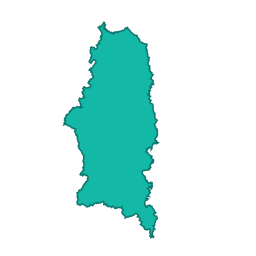 the district of Tamworth, New South Wales, Australia, rotated 206°
{"feature_id": "25037944B76870107962046", "entity_name": "Tamworth", "entity_type": "district", "adm_level": 2, "iso_a3": "AUS", "parent_name": "Australia", "parent_adm1": "New South Wales", "projection": "albers", "projection_center": [151.073, -30.922], "detail": "fine", "context": "isolated", "style": "filled", "palette": "teal", "viewbox_px": 256, "rotation_deg": 206, "n_neighbors": 0, "source": "geoboundaries", "source_scale": "gbopen_adm2", "svg_char_len": 5808}
<svg xmlns="http://www.w3.org/2000/svg" viewBox="0 0 256 256"><g transform="rotate(206 128 128)"><path d="M105.1,147.8L107.9,148.4L109.3,150.6L109.2,151.2L110.1,151.8L110.2,153.0L111.1,152.9L113.4,155.3L115.6,159.5L116.8,160.3L118.4,160.1L119.7,161.3L119.4,162.9L122.2,163.4L121.7,166.4L125.0,166.6L124.8,167.3L123.6,167.5L123.5,167.9L124.7,169.5L124.4,171.0L125.4,170.6L125.3,173.6L124.7,174.8L126.5,175.1L125.8,175.9L125.9,177.8L124.4,177.8L124.2,178.6L125.1,178.3L125.5,178.8L125.4,179.5L126.0,179.6L125.8,181.3L126.1,181.6L129.1,182.1L128.6,182.4L129.3,184.3L128.8,186.9L131.5,187.3L131.0,187.4L130.8,188.1L133.9,188.9L133.9,190.0L134.7,190.5L134.6,191.4L135.2,191.6L135.6,193.2L137.6,193.6L138.5,195.2L138.9,197.8L139.5,197.9L139.3,198.8L140.0,198.9L139.7,200.6L141.7,200.9L142.7,203.1L144.9,205.2L144.7,206.2L145.9,206.6L146.3,207.6L147.5,208.2L147.0,210.5L147.9,211.6L151.2,210.6L152.5,211.1L155.1,210.6L156.0,211.4L156.0,212.2L157.4,212.6L157.7,213.3L159.6,213.6L160.3,215.1L162.6,214.5L164.0,214.4L165.3,215.2L166.4,214.8L168.5,216.2L172.4,217.6L172.6,218.8L172.9,216.9L173.9,217.0L174.8,213.4L175.6,213.4L177.4,211.2L177.8,211.3L178.6,210.5L178.7,209.5L179.9,209.8L180.1,208.7L181.2,208.9L182.1,208.3L181.8,207.4L182.3,207.3L182.2,206.5L183.1,206.9L183.2,206.3L183.9,205.9L184.7,206.8L185.1,206.2L186.9,206.0L187.4,206.6L189.1,205.6L188.8,206.4L190.0,206.7L189.9,206.1L190.5,207.1L191.1,206.5L191.2,206.9L192.0,206.8L191.8,207.2L192.4,207.5L192.8,206.6L193.3,207.2L193.1,208.2L193.6,208.3L193.3,208.8L193.9,208.9L193.4,210.7L194.0,210.6L195.0,211.4L194.9,212.1L195.9,212.5L196.8,206.9L198.0,207.1L198.8,205.2L195.5,203.8L193.8,202.5L191.7,199.6L192.8,198.8L192.1,198.1L192.4,197.1L191.3,197.1L190.8,196.0L191.9,193.6L191.5,192.7L191.9,191.7L191.1,191.6L191.5,191.1L191.0,190.8L192.7,188.6L191.4,188.0L190.7,186.4L191.0,185.3L192.3,184.3L193.4,185.4L196.5,184.7L196.8,184.0L195.9,182.5L196.1,181.3L195.3,180.8L195.0,179.2L192.7,177.7L192.1,176.6L192.5,175.3L191.9,174.5L192.1,170.9L191.5,170.3L189.7,170.0L189.0,174.5L186.7,174.2L185.5,173.0L186.9,164.9L187.9,165.1L188.2,163.0L185.8,163.4L186.0,162.1L184.1,161.8L183.6,159.8L181.5,159.2L182.1,155.6L183.1,155.6L183.6,152.4L183.0,152.7L183.3,150.8L179.9,150.2L180.1,147.5L180.8,147.6L182.1,146.2L183.9,145.5L185.5,145.9L185.9,143.5L183.9,142.9L185.0,140.4L184.0,139.9L184.4,139.7L184.1,139.0L181.7,137.9L181.9,136.6L180.5,136.3L182.8,133.7L184.5,133.7L184.6,133.0L184.1,131.0L182.2,130.2L181.4,128.7L180.5,128.7L180.4,127.8L179.8,127.1L178.2,126.6L179.1,125.4L179.9,125.2L180.4,126.3L182.1,124.7L183.1,125.0L183.4,123.9L185.1,121.9L185.5,122.7L186.3,122.5L187.0,118.1L187.5,118.2L187.7,117.2L187.2,115.3L188.4,113.4L189.0,113.3L189.2,112.4L188.5,112.3L189.1,108.8L188.4,108.7L188.6,107.2L187.2,107.0L187.6,104.5L186.8,104.4L187.0,102.9L185.2,104.4L183.6,103.7L181.3,104.2L178.1,103.4L177.9,103.9L176.2,103.7L175.6,104.2L174.2,104.0L174.3,102.5L174.6,102.5L174.3,101.2L173.0,100.6L171.8,99.0L170.9,99.5L170.8,98.7L169.7,98.3L169.0,96.2L167.7,95.2L166.9,93.7L165.0,93.0L165.1,92.3L164.6,92.2L165.0,90.1L164.1,89.9L163.6,88.5L159.6,86.6L157.4,84.5L155.0,83.9L155.3,82.9L154.5,81.7L153.9,78.7L153.4,77.8L152.2,77.7L152.0,76.3L150.9,74.9L151.1,73.8L150.7,73.1L151.2,72.5L149.2,71.1L149.8,70.4L149.5,69.9L150.5,67.6L150.7,65.3L150.2,64.9L148.9,65.9L148.0,65.1L147.5,65.9L147.8,66.9L146.6,67.4L145.4,66.7L143.7,67.5L142.1,66.2L142.3,64.5L141.0,63.8L141.6,62.9L141.4,62.1L142.4,61.0L142.1,59.2L142.8,58.5L142.6,57.1L143.1,56.5L142.4,55.2L143.2,53.5L142.5,52.1L142.8,51.6L144.2,51.2L144.7,50.3L144.4,48.3L144.7,47.7L145.3,47.5L143.9,45.5L143.6,44.0L143.1,44.1L142.5,42.6L141.5,41.9L141.3,38.8L140.6,38.5L139.9,37.2L139.1,37.6L137.2,37.5L135.7,39.8L132.1,39.6L130.3,39.0L128.4,40.8L128.0,41.8L128.4,42.8L125.7,42.7L124.8,46.3L123.7,46.5L123.1,47.3L122.7,46.7L121.8,47.6L120.2,48.3L118.5,51.0L117.2,50.9L116.2,48.5L114.8,49.3L114.1,50.3L113.5,48.7L112.4,49.2L111.5,48.6L109.2,49.9L107.9,49.4L107.4,51.2L105.7,50.7L105.4,51.0L104.6,50.0L103.4,50.6L103.3,51.3L102.6,51.4L102.4,52.2L99.6,53.1L99.1,54.5L98.3,52.8L96.4,52.6L96.6,49.8L95.5,48.5L91.7,47.3L91.0,45.9L90.3,47.2L88.4,48.3L88.1,49.4L86.7,49.9L84.7,52.3L83.5,54.7L82.6,54.7L80.4,54.0L80.6,52.3L79.6,52.8L78.3,52.4L77.2,51.4L77.4,50.1L74.1,49.5L74.5,46.7L70.1,46.1L70.0,45.5L68.5,44.3L66.1,44.9L65.2,46.3L63.8,46.6L62.2,43.1L61.4,42.9L60.7,41.8L61.2,41.1L60.9,40.4L60.2,40.4L59.3,39.5L58.7,40.8L57.2,40.9L57.4,41.7L59.2,42.5L60.2,45.1L60.0,46.6L60.5,47.8L59.5,48.8L61.0,49.3L61.5,50.7L62.4,51.2L61.3,51.9L62.6,54.6L62.2,55.2L62.7,57.6L62.0,59.0L62.2,59.9L63.6,61.2L65.7,60.7L67.0,61.6L67.2,62.3L66.0,63.3L65.9,64.2L67.4,64.4L68.7,65.9L71.1,66.8L72.1,68.0L73.0,67.6L73.9,68.2L75.6,67.6L76.2,66.6L76.0,65.3L76.8,64.5L77.9,66.0L78.2,65.6L79.0,66.0L79.7,67.6L80.4,68.1L80.6,69.8L80.3,70.8L79.2,71.5L79.3,72.2L78.8,73.1L81.0,72.7L80.7,75.1L79.1,75.7L80.5,76.2L79.7,79.9L81.2,80.1L80.9,81.7L83.8,82.2L83.3,82.7L83.5,84.9L81.6,84.6L81.7,83.9L80.3,83.7L80.5,85.5L81.4,85.8L80.7,86.7L81.4,87.1L82.2,89.0L82.9,88.9L82.8,89.4L84.0,89.0L84.1,87.9L85.7,87.4L85.9,88.0L86.7,87.8L87.9,89.1L88.5,88.3L88.9,89.2L90.3,89.6L90.4,90.9L91.8,92.1L92.5,91.8L95.5,93.6L96.2,96.0L90.7,99.7L91.0,100.2L90.7,100.1L90.3,102.8L91.4,103.0L91.9,105.0L91.4,105.8L91.7,106.5L90.8,106.9L90.2,107.9L91.8,108.2L91.7,108.8L90.8,108.7L90.6,109.3L90.6,109.8L91.5,110.0L91.4,110.6L94.2,111.1L93.9,113.0L97.4,113.2L99.9,114.8L101.5,114.5L101.2,116.6L101.9,116.8L101.8,117.7L101.3,117.7L101.2,118.7L100.5,118.5L100.2,120.4L98.1,120.0L97.7,118.9L97.5,119.9L98.5,122.4L98.5,125.8L97.4,126.1L97.5,125.6L97.1,125.5L96.9,126.3L95.2,126.5L94.4,128.1L96.4,128.0L96.8,129.0L97.7,128.3L98.8,130.4L98.3,134.1L100.8,139.1L101.3,139.7L101.9,139.5L103.3,140.1L103.6,141.1L105.7,142.4L105.1,147.8Z" fill="#14b8a6" stroke="#0f766e" stroke-width="1.5"/></g></svg>